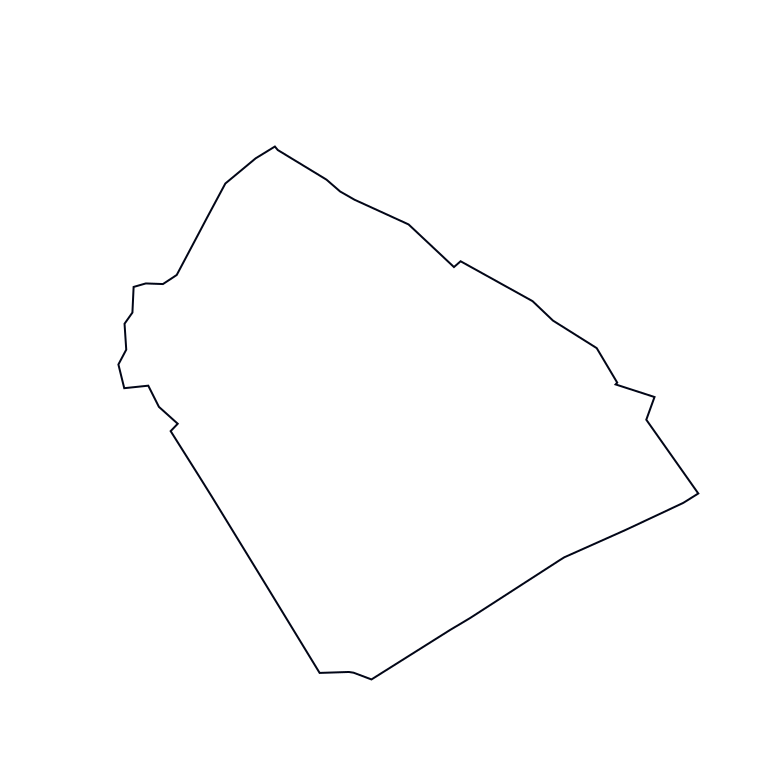 outline of Barrigada, Guam, rotated 58°
{"feature_id": "77769853B91363375193449", "entity_name": "Barrigada", "entity_type": "district", "adm_level": 2, "iso_a3": "GUM", "parent_name": "Guam", "parent_adm1": "", "projection": "orthographic", "projection_center": [144.805, 13.478], "detail": "fine", "context": "isolated", "style": "outline", "palette": "ink", "viewbox_px": 768, "rotation_deg": 58, "n_neighbors": 0, "source": "geoboundaries", "source_scale": "gbopen_adm2", "svg_char_len": 729}
<svg xmlns="http://www.w3.org/2000/svg" viewBox="0 0 768 768"><g transform="rotate(58 384 384)"><path d="M124.8,350.7L124.6,373.2L129.9,412.3L149.5,446.5L158.7,462.3L181.7,502.0L182.1,518.5L172.5,532.7L169.0,544.9L190.1,559.5L195.4,572.1L218.3,584.4L226.7,598.9L249.9,606.5L260.5,584.8L284.1,587.0L308.4,580.0L310.9,589.9L362.1,589.7L388.2,589.7L490.8,590.6L594.9,591.7L609.6,566.4L612.7,562.8L627.9,551.2L627.6,458.1L628.1,435.4L626.5,328.7L626.5,322.9L635.8,256.3L643.4,193.2L643.4,175.5L553.3,180.5L538.4,161.5L507.1,187.8L506.4,185.5L466.3,184.6L419.8,207.1L392.5,214.1L320.5,254.0L321.9,262.7L261.7,278.6L212.2,311.3L197.5,319.2L180.2,324.5L129.3,350.1L124.8,350.7Z" fill="none" stroke="#020617" stroke-width="2"/></g></svg>